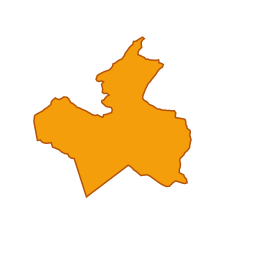 outline of Viana, Espírito Santo, Brazil, rotated 39°
{"feature_id": "56859067B48363656253494", "entity_name": "Viana", "entity_type": "district", "adm_level": 2, "iso_a3": "BRA", "parent_name": "Brazil", "parent_adm1": "Espírito Santo", "projection": "robinson", "projection_center": [-40.52, -20.392], "detail": "fine", "context": "isolated", "style": "filled", "palette": "amber", "viewbox_px": 256, "rotation_deg": 39, "n_neighbors": 0, "source": "geoboundaries", "source_scale": "gbopen_adm2", "svg_char_len": 2638}
<svg xmlns="http://www.w3.org/2000/svg" viewBox="0 0 256 256"><g transform="rotate(39 128 128)"><path d="M77.8,57.3L79.1,60.0L78.6,62.3L78.4,65.5L78.7,68.1L78.7,70.9L79.5,73.8L79.7,76.0L79.8,78.3L78.6,80.3L77.8,82.6L77.2,85.6L76.0,87.5L77.1,89.6L77.2,92.3L76.8,95.0L75.3,97.2L73.8,99.8L72.3,103.2L71.1,106.2L71.7,108.3L72.6,110.3L74.5,110.8L76.3,110.1L77.8,108.1L79.9,107.4L79.9,110.7L81.9,112.1L83.9,113.8L85.6,116.5L87.7,116.3L89.5,114.4L92.6,114.4L91.5,116.8L91.4,119.0L91.6,121.3L90.4,123.0L91.6,124.7L94.5,124.9L97.6,125.0L99.9,123.7L102.1,122.7L104.3,123.7L105.5,126.3L103.8,129.0L102.7,130.9L100.7,133.1L101.8,135.3L99.9,136.3L98.0,136.6L96.0,137.0L94.3,139.2L91.5,140.2L88.7,140.5L86.8,140.9L84.4,141.2L81.3,142.2L78.0,142.9L75.5,143.9L72.6,143.7L69.7,143.7L67.7,144.3L66.0,143.6L63.8,142.8L61.3,142.5L58.6,144.2L57.8,146.5L57.2,148.4L55.3,150.0L52.6,150.3L52.0,153.2L51.9,155.8L53.3,158.5L52.7,161.2L52.1,163.8L51.3,165.7L50.9,168.7L49.7,171.3L48.3,174.6L47.6,177.0L49.0,179.4L50.9,182.3L65.5,194.7L67.5,192.4L69.4,193.0L71.3,192.7L73.8,191.6L75.9,189.5L77.8,187.8L79.4,189.0L81.6,190.4L83.5,189.5L85.8,188.9L87.8,188.3L89.7,188.3L92.1,188.3L95.3,187.5L97.6,186.1L99.8,187.2L102.7,187.2L105.4,185.6L139.1,207.7L141.2,198.8L142.1,195.4L144.6,185.2L145.1,183.0L146.4,178.1L147.3,174.2L148.7,168.8L150.9,159.6L151.6,156.8L155.1,156.3L159.1,156.9L161.6,156.6L164.1,156.7L166.1,156.8L168.0,156.8L169.8,154.8L172.1,152.5L175.0,151.6L178.3,151.4L181.2,151.2L185.6,151.0L189.0,150.7L191.1,150.3L193.3,149.7L195.0,149.1L196.8,147.2L197.1,144.6L197.3,142.3L198.3,139.2L200.8,138.1L202.7,137.4L204.8,136.6L206.9,135.6L208.4,133.4L205.6,131.0L202.8,130.6L200.8,129.4L198.6,129.9L195.9,130.4L194.0,127.9L193.0,125.3L191.2,122.7L189.2,121.2L187.8,119.3L187.9,116.7L188.3,114.0L187.7,111.4L188.3,108.6L188.3,104.8L187.0,102.7L185.5,100.2L184.5,97.6L182.7,96.3L180.4,94.7L179.1,92.1L177.7,90.9L174.3,91.1L172.3,89.5L170.6,88.8L168.9,86.7L166.9,85.4L164.3,86.6L160.5,88.8L158.3,89.9L156.9,88.5L155.9,86.4L153.3,85.4L150.9,87.4L149.2,88.2L147.6,89.7L145.8,90.6L143.7,92.4L140.7,93.3L138.8,94.8L135.8,95.0L133.7,95.1L131.9,95.6L129.7,96.4L127.9,96.0L125.8,95.7L123.5,96.4L120.6,95.7L119.2,93.4L118.4,90.8L117.2,87.4L116.8,85.0L116.1,83.1L115.8,80.3L116.0,78.0L115.8,75.1L115.8,72.2L115.9,69.0L115.4,65.4L115.4,62.5L116.4,58.8L115.5,56.4L112.7,57.0L110.9,57.8L109.0,55.8L107.1,57.9L104.9,59.4L102.4,61.2L100.1,62.0L98.5,63.5L96.7,62.8L94.2,63.5L91.8,64.0L89.6,64.8L88.1,62.6L87.6,60.6L87.9,56.6L85.9,54.9L84.3,53.1L83.9,50.4L84.5,48.3L82.1,48.3L81.2,50.5L80.2,53.4L79.6,55.5L77.8,57.3Z" fill="#f59e0b" stroke="#b45309" stroke-width="1.5"/></g></svg>